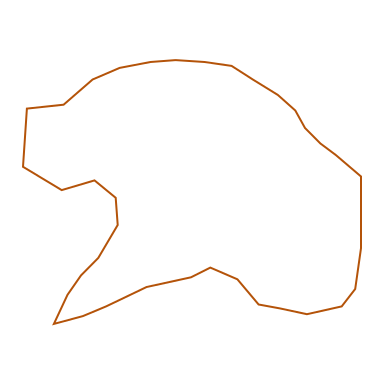 the district of Koilanemos, Cyprus
{"feature_id": "46923920B29026112812514", "entity_name": "Koilanemos", "entity_type": "district", "adm_level": 2, "iso_a3": "CYP", "parent_name": "Cyprus", "parent_adm1": "", "projection": "mercator", "projection_center": [34.134, 35.492], "detail": "fine", "context": "isolated", "style": "outline", "palette": "amber", "viewbox_px": 384, "rotation_deg": 0, "n_neighbors": 0, "source": "geoboundaries", "source_scale": "gbopen_adm2", "svg_char_len": 563}
<svg xmlns="http://www.w3.org/2000/svg" viewBox="0 0 384 384"><path d="M53.9,323.9L82.9,316.1L106.1,306.4L146.6,287.0L191.0,277.3L210.3,267.6L237.4,279.3L258.6,304.5L279.9,308.4L306.9,314.2L341.7,306.4L355.2,289.0L361.0,248.2L361.0,221.1L361.0,176.5L335.9,155.1L320.4,143.5L305.0,128.0L295.3,110.5L277.9,95.0L252.8,79.5L231.6,65.9L204.6,62.0L175.6,60.1L150.5,62.0L119.6,67.9L92.6,79.5L63.6,104.7L26.9,108.6L23.0,166.8L61.7,190.1L94.5,180.4L115.7,197.8L117.7,225.0L98.3,257.9L81.0,275.4L67.5,294.8L53.9,323.9Z" fill="none" stroke="#b45309" stroke-width="2"/></svg>